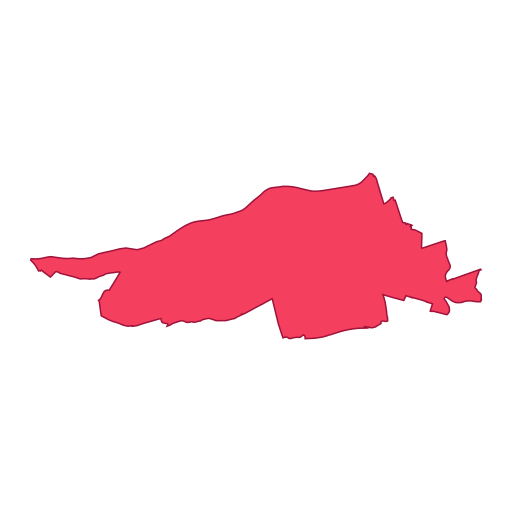 outline of Molenlanden, Zuid-Holland, Netherlands
{"feature_id": "6326949B33496836807668", "entity_name": "Molenlanden", "entity_type": "district", "adm_level": 2, "iso_a3": "NLD", "parent_name": "Netherlands", "parent_adm1": "Zuid-Holland", "projection": "equal_earth", "projection_center": [4.856, 51.891], "detail": "fine", "context": "isolated", "style": "filled", "palette": "rose", "viewbox_px": 512, "rotation_deg": 0, "n_neighbors": 0, "source": "geoboundaries", "source_scale": "gbopen_adm2", "svg_char_len": 5910}
<svg xmlns="http://www.w3.org/2000/svg" viewBox="0 0 512 512"><path d="M318.2,191.1L313.3,191.2L310.3,190.8L300.0,188.4L298.0,187.8L295.4,187.3L292.5,186.8L288.6,186.4L283.0,186.3L279.1,187.0L277.1,187.1L271.2,187.9L269.4,188.4L267.8,189.2L266.1,190.2L264.7,191.1L263.3,192.3L260.8,194.8L259.5,195.9L253.8,200.4L246.0,207.5L244.6,208.6L243.1,209.7L241.6,210.5L239.6,211.3L232.6,213.7L230.6,214.2L226.7,214.9L222.8,215.8L213.9,218.6L209.7,219.7L207.8,220.1L197.9,221.2L194.0,222.0L190.4,223.2L185.9,225.3L183.3,226.8L177.6,230.4L170.1,235.8L168.4,236.7L164.8,238.3L163.2,239.2L161.8,240.3L159.9,240.9L157.9,241.3L156.0,242.0L147.7,246.0L144.0,247.9L137.3,249.7L135.6,249.5L126.0,248.0L119.8,248.8L112.0,250.8L104.1,252.5L98.5,253.8L91.3,257.4L90.4,257.7L84.7,258.6L80.5,258.8L78.6,258.7L72.5,258.1L70.3,258.4L66.6,258.5L62.7,258.3L51.3,256.7L50.1,256.7L46.9,257.2L40.7,258.5L39.1,258.7L37.5,258.9L34.4,258.9L32.7,258.8L31.1,258.7L30.7,260.2L33.0,262.5L34.8,264.6L35.6,265.7L37.0,268.0L38.6,271.0L40.4,270.6L40.5,270.8L41.2,270.2L50.4,277.1L55.7,271.7L56.0,271.6L58.8,272.3L59.4,273.0L61.2,273.6L66.0,274.8L69.2,275.7L74.1,276.9L78.3,278.3L79.3,278.7L80.1,278.9L80.9,278.9L84.2,278.7L87.0,278.8L89.9,279.2L90.1,279.2L90.4,278.8L93.3,279.0L95.4,278.5L97.6,277.4L99.0,276.6L103.8,275.1L105.1,274.1L106.4,273.7L110.7,272.9L113.2,272.7L116.8,272.1L118.9,272.0L120.1,272.3L113.8,282.8L109.2,290.2L108.2,290.1L107.1,290.1L105.8,290.5L104.8,291.0L104.1,291.7L103.5,292.7L102.8,294.0L101.5,296.8L100.3,298.9L99.7,299.5L98.5,300.3L99.1,301.2L99.2,301.4L101.2,315.8L107.2,319.0L108.7,319.8L112.2,321.2L113.7,321.8L114.9,322.0L119.4,323.5L120.2,323.9L121.1,324.3L123.1,325.1L125.8,325.8L127.2,326.1L128.3,326.2L132.4,325.7L132.3,326.3L136.7,325.7L143.6,323.4L155.1,320.1L159.5,318.9L160.9,318.6L161.4,321.2L161.6,321.5L162.4,322.6L162.7,322.8L164.1,323.0L165.6,323.4L167.1,323.6L167.7,323.8L167.8,324.3L167.8,324.5L167.7,324.8L167.0,326.2L169.8,325.2L170.8,324.7L171.9,323.9L173.6,323.1L176.9,322.1L178.8,321.4L181.7,320.7L183.6,321.1L185.2,321.7L186.0,322.2L187.4,322.4L188.9,322.3L191.8,321.7L192.1,321.7L193.2,322.2L194.8,322.2L197.5,321.6L198.2,321.3L199.1,321.1L200.5,321.0L201.9,320.0L202.2,319.8L206.6,318.7L208.6,318.3L210.5,318.8L213.7,319.8L214.5,320.0L214.8,320.1L215.3,320.5L215.8,320.6L218.8,320.7L223.9,320.6L225.3,320.7L227.9,320.1L232.6,318.9L233.5,318.7L233.9,318.8L234.3,318.6L237.7,316.7L242.0,314.7L241.7,314.1L242.3,313.8L243.4,314.1L245.4,313.2L247.8,311.8L248.8,311.3L258.2,306.2L262.2,304.2L266.2,301.9L268.2,300.9L272.2,298.7L278.4,324.1L282.1,335.4L282.6,336.6L282.8,337.4L283.0,337.6L283.1,337.9L283.8,337.5L284.4,337.3L285.5,337.1L286.6,337.1L287.3,337.3L289.0,338.4L289.5,338.5L290.2,338.6L290.8,338.5L293.0,337.9L294.9,337.5L296.9,337.3L299.7,337.4L300.0,337.3L300.6,337.0L303.5,334.8L304.8,336.0L305.1,336.9L305.1,338.7L311.2,338.4L314.7,338.2L317.7,337.8L321.6,337.2L323.4,336.8L327.6,335.6L327.9,335.4L328.7,335.1L330.4,334.8L332.4,334.1L340.6,331.5L344.0,330.6L348.6,329.6L353.6,328.8L358.1,328.3L360.4,328.2L361.8,328.2L368.0,328.0L368.0,327.8L367.8,327.8L367.8,327.7L367.5,327.6L364.5,326.8L364.6,326.5L366.3,326.9L366.8,327.0L367.9,327.0L370.7,327.7L372.4,327.7L373.8,327.4L374.6,327.2L376.0,326.7L376.2,326.3L376.7,326.1L381.0,323.5L381.1,323.3L380.9,322.7L380.9,322.1L381.1,321.8L381.3,321.6L381.7,321.3L382.2,321.1L382.9,321.0L383.5,321.0L385.0,321.4L386.4,321.4L386.9,321.3L387.7,320.9L387.5,317.1L387.2,317.0L386.7,313.8L386.7,312.7L386.4,310.0L385.1,301.9L384.7,300.7L384.3,298.9L384.1,298.1L382.9,294.7L393.8,297.8L403.8,300.5L406.0,295.7L410.4,297.1L410.5,297.0L412.0,297.7L412.1,297.8L412.3,297.5L420.8,299.8L424.0,300.8L427.0,301.8L426.8,302.1L432.5,303.8L430.2,311.1L432.1,311.5L433.0,311.2L442.3,313.5L446.9,314.7L447.8,313.9L448.4,313.2L449.0,312.2L449.3,311.6L449.5,310.5L449.3,308.0L449.2,307.3L449.0,306.7L447.8,304.5L446.2,301.6L445.4,300.5L444.5,299.4L444.1,298.8L444.1,298.5L444.2,298.2L444.4,297.9L444.8,297.5L445.3,297.3L446.0,297.1L446.4,297.2L446.8,297.3L448.0,298.1L451.8,300.8L454.2,302.0L455.3,302.4L456.3,302.6L458.6,302.7L461.4,302.5L462.7,302.1L464.5,301.5L465.6,301.2L467.1,301.0L468.2,300.9L470.9,300.9L475.4,301.6L479.0,301.8L480.6,301.7L481.3,300.0L481.0,299.8L481.2,299.5L480.8,299.4L481.2,299.3L481.2,298.7L481.2,295.0L481.1,294.5L480.7,293.9L479.7,292.8L479.1,292.4L477.4,290.9L477.2,290.6L477.0,290.0L476.8,289.6L476.4,289.2L475.2,288.1L475.0,287.8L474.9,287.5L475.0,287.1L475.4,286.1L475.6,285.2L475.9,284.6L476.0,284.2L476.1,283.9L476.3,283.7L476.5,283.0L476.4,281.5L476.2,280.8L476.1,279.9L476.6,277.8L477.0,276.8L477.1,276.4L477.3,275.8L478.0,274.4L478.2,273.9L478.2,273.6L478.6,272.5L479.0,271.0L479.2,270.7L479.7,270.2L481.0,269.8L480.6,269.2L476.9,270.5L452.3,279.3L452.3,278.9L447.4,280.9L447.2,281.1L447.3,281.3L446.7,281.5L445.8,279.2L445.5,277.8L445.3,276.4L445.4,275.2L445.9,273.6L446.7,272.3L447.3,271.4L449.0,269.7L449.6,268.7L449.9,268.0L450.1,267.3L450.3,266.0L449.9,264.6L448.0,260.1L447.7,258.9L446.8,256.9L446.4,255.3L446.2,253.8L446.2,253.2L446.3,252.4L446.8,250.4L446.8,248.7L446.3,245.6L445.8,243.4L445.7,243.3L445.6,243.1L445.3,240.9L444.6,241.0L444.6,240.8L442.5,241.4L423.1,247.9L422.6,248.1L422.1,248.0L421.5,247.9L421.9,235.8L421.9,233.4L421.4,233.1L415.3,230.0L411.3,229.3L411.3,227.0L410.3,226.3L412.0,225.3L411.5,225.0L407.4,223.7L407.1,223.5L406.4,224.5L405.5,223.3L405.1,222.8L403.2,222.6L402.6,222.4L400.1,215.2L397.4,206.8L395.2,200.2L394.1,200.6L393.1,197.2L391.2,197.8L390.9,198.1L390.3,199.0L390.0,199.4L388.9,200.4L388.2,201.0L387.2,202.1L386.0,202.7L385.5,203.2L385.0,203.5L383.8,203.8L378.3,185.5L378.0,184.6L376.5,179.2L375.9,177.9L375.1,176.5L374.7,176.1L374.4,175.9L373.7,176.4L373.5,176.2L373.2,175.2L373.0,174.3L369.5,173.3L368.4,174.9L367.5,176.0L364.0,179.7L361.7,181.9L360.4,182.9L358.6,184.0L356.0,185.1L349.9,186.2L324.1,190.4L318.2,191.1Z" fill="#f43f5e" stroke="#9f1239" stroke-width="1.5"/></svg>